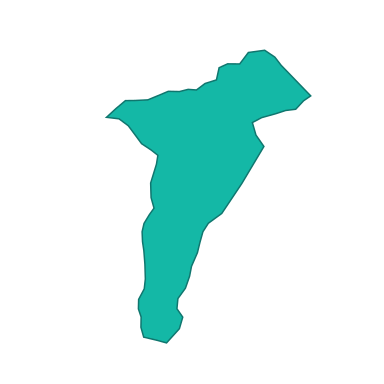 the district of Pedrinhas, Sergipe, Brazil, rotated 101°
{"feature_id": "56859067B11472613057936", "entity_name": "Pedrinhas", "entity_type": "district", "adm_level": 2, "iso_a3": "BRA", "parent_name": "Brazil", "parent_adm1": "Sergipe", "projection": "mercator", "projection_center": [-37.653, -11.205], "detail": "fine", "context": "isolated", "style": "filled", "palette": "teal", "viewbox_px": 384, "rotation_deg": 101, "n_neighbors": 0, "source": "geoboundaries", "source_scale": "gbopen_adm2", "svg_char_len": 967}
<svg xmlns="http://www.w3.org/2000/svg" viewBox="0 0 384 384"><g transform="rotate(101 192 192)"><path d="M345.0,188.2L328.6,178.3L316.6,177.2L309.5,184.5L299.3,185.5L287.7,180.1L275.2,178.3L265.0,178.3L250.6,175.1L240.0,174.6L228.9,173.7L219.6,170.0L213.3,164.2L207.4,158.7L174.1,144.7L133.6,130.1L123.9,140.1L112.3,146.0L105.7,137.8L99.1,124.6L94.1,115.6L91.0,106.0L81.2,99.9L75.0,93.8L50.6,128.7L43.8,136.4L39.0,147.7L44.3,163.3L57.2,169.6L59.4,181.5L64.8,189.1L77.3,189.4L83.0,199.9L91.0,207.1L92.0,215.4L95.8,223.5L97.7,234.5L104.0,243.9L110.0,253.0L113.1,265.6L115.0,274.8L124.4,282.4L135.0,290.2L134.1,277.6L139.1,267.2L146.2,259.4L154.2,250.7L158.5,240.3L162.5,232.5L171.5,232.2L191.1,234.3L205.3,231.1L215.1,226.2L222.3,229.5L232.0,233.1L240.5,233.4L250.2,231.1L258.7,228.1L272.1,224.4L286.3,221.2L296.2,220.4L307.6,223.9L317.0,222.3L324.4,218.1L334.6,216.3L343.7,211.7L344.2,199.0L345.0,188.2Z" fill="#14b8a6" stroke="#0f766e" stroke-width="1.5"/></g></svg>